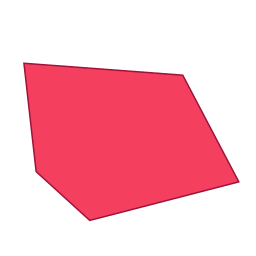 Emporia, Virginia, United States of America (Robinson projection), rotated 79°
{"feature_id": "52423323B31228113371343", "entity_name": "Emporia", "entity_type": "district", "adm_level": 2, "iso_a3": "USA", "parent_name": "United States of America", "parent_adm1": "Virginia", "projection": "robinson", "projection_center": [-77.532, 36.696], "detail": "fine", "context": "isolated", "style": "filled", "palette": "rose", "viewbox_px": 256, "rotation_deg": 79, "n_neighbors": 0, "source": "geoboundaries", "source_scale": "gbopen_adm2", "svg_char_len": 236}
<svg xmlns="http://www.w3.org/2000/svg" viewBox="0 0 256 256"><g transform="rotate(79 128 128)"><path d="M86.6,64.2L44.6,217.8L153.3,226.5L211.4,183.2L202.0,29.5L86.6,64.2Z" fill="#f43f5e" stroke="#9f1239" stroke-width="1.5"/></g></svg>